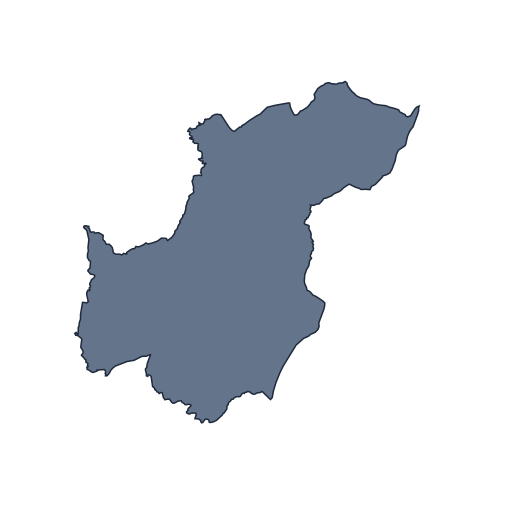 Villa De Leyva, Boyacá, Colombia, rotated 346°
{"feature_id": "7082276B92158404530910", "entity_name": "Villa De Leyva", "entity_type": "district", "adm_level": 2, "iso_a3": "COL", "parent_name": "Colombia", "parent_adm1": "Boyacá", "projection": "orthographic", "projection_center": [-73.539, 5.662], "detail": "fine", "context": "isolated", "style": "filled", "palette": "slate", "viewbox_px": 512, "rotation_deg": 346, "n_neighbors": 0, "source": "geoboundaries", "source_scale": "gbopen_adm2", "svg_char_len": 6081}
<svg xmlns="http://www.w3.org/2000/svg" viewBox="0 0 512 512"><g transform="rotate(346 256 256)"><path d="M450.6,150.0L448.1,150.4L446.2,151.4L439.8,157.4L436.9,157.6L436.1,157.2L435.2,156.3L434.9,154.9L430.3,150.9L429.8,148.7L426.1,146.3L421.2,143.7L418.4,141.6L411.4,139.0L407.3,136.9L405.8,135.6L403.4,132.2L402.0,131.0L395.4,127.6L392.1,124.7L390.1,121.1L389.0,120.2L388.8,118.9L388.1,118.0L386.7,114.6L386.0,111.7L386.2,110.5L384.9,108.3L383.9,108.3L382.3,109.0L378.5,108.3L375.5,108.7L370.4,106.8L369.0,105.6L367.8,105.3L364.8,105.4L363.4,106.4L360.3,106.9L356.5,108.4L351.5,113.3L351.6,116.3L350.2,118.8L347.0,119.9L345.0,121.8L341.9,124.0L336.1,126.0L334.2,126.1L330.5,128.9L327.4,128.7L326.2,124.9L325.3,119.9L325.7,115.8L324.4,115.3L310.8,114.4L302.8,114.4L294.3,119.4L291.2,120.0L282.5,122.9L277.2,125.2L273.8,126.1L273.2,127.2L271.2,127.0L265.0,129.9L262.8,127.9L261.2,125.0L256.1,110.3L254.6,110.0L252.8,109.0L250.0,108.8L247.2,109.5L245.8,110.7L243.6,111.7L242.2,111.3L240.8,111.7L240.3,111.0L239.7,111.0L239.3,111.2L239.0,112.4L236.4,115.1L234.8,114.7L232.9,112.8L232.6,114.5L233.3,115.5L230.5,115.6L228.7,117.7L225.7,117.4L224.3,117.9L223.7,116.4L222.8,115.9L220.7,117.5L220.0,118.6L221.7,119.3L221.7,120.4L220.8,122.0L221.8,123.7L222.7,124.3L222.7,125.5L222.2,125.9L220.7,125.3L220.1,125.5L220.0,126.0L222.2,127.5L222.8,127.3L223.4,127.8L223.3,128.8L222.4,129.9L223.8,131.9L226.2,132.4L227.2,133.5L226.1,135.4L226.4,136.6L225.7,137.0L225.3,139.0L225.8,139.8L228.2,141.5L228.6,143.9L227.5,146.6L227.8,148.0L224.1,147.9L223.7,148.3L225.6,150.5L227.5,151.0L227.2,152.1L226.3,152.7L226.4,153.3L227.8,153.9L229.6,153.7L229.8,154.2L228.0,155.4L227.3,156.8L225.2,157.4L223.7,158.7L223.1,160.8L222.4,161.5L222.9,162.9L222.7,164.4L221.4,164.5L220.5,163.8L217.8,163.6L216.6,163.1L214.6,163.5L213.7,166.1L212.1,167.8L212.1,174.5L211.3,176.0L211.1,178.9L209.8,179.9L206.1,181.2L205.2,181.9L205.2,183.9L202.2,187.0L201.7,188.4L200.1,190.7L199.3,193.3L196.8,197.8L194.8,198.7L194.3,200.5L190.4,203.8L190.3,204.4L190.7,205.3L190.4,205.6L188.1,207.4L186.0,210.7L183.4,212.1L182.7,214.2L179.1,217.4L174.0,219.6L173.7,219.3L173.4,217.6L172.3,216.8L168.5,215.8L164.0,217.7L158.4,218.3L154.2,218.2L152.3,216.7L149.8,217.8L145.2,218.7L143.9,218.6L141.7,217.7L139.9,219.5L138.0,219.1L135.0,219.8L132.1,221.0L131.3,221.4L130.9,222.8L128.3,221.5L126.0,222.5L124.4,221.3L120.2,220.2L118.5,218.5L118.6,213.2L117.8,211.1L116.3,209.0L113.6,208.5L112.8,205.1L111.6,203.4L111.8,201.3L112.7,199.5L112.6,198.8L109.1,195.4L106.7,194.9L105.4,195.0L104.6,193.5L101.2,192.7L100.9,188.6L100.1,187.4L100.9,186.8L97.7,185.3L96.4,185.4L96.0,185.8L95.8,186.8L97.8,189.8L98.0,191.0L97.8,199.7L95.0,207.2L94.5,210.7L93.0,213.3L92.1,216.6L92.9,219.9L94.0,221.0L94.0,221.7L92.0,227.4L89.4,229.2L89.3,229.9L91.0,233.5L94.2,235.0L94.7,235.7L94.6,236.6L93.6,237.9L90.8,239.1L88.0,242.6L87.7,244.2L88.3,245.0L87.9,245.8L86.4,246.7L86.6,249.0L85.9,249.3L85.3,248.5L84.7,248.5L82.9,250.6L82.4,253.4L82.2,258.7L82.5,259.5L80.6,260.5L76.5,259.0L71.6,270.2L70.4,274.8L68.5,277.8L67.3,281.1L66.2,282.5L64.6,288.7L64.0,288.6L63.0,286.6L61.4,287.3L61.9,289.3L63.9,290.1L66.5,293.6L66.8,294.7L64.0,301.8L64.0,302.8L65.1,305.8L65.0,307.7L64.7,308.3L63.0,309.6L62.6,310.3L64.2,312.8L65.0,314.8L65.8,315.6L65.3,317.9L66.9,319.6L66.0,321.7L66.5,322.7L64.9,323.0L64.8,325.3L66.0,326.0L68.4,328.8L69.8,329.6L74.3,329.1L74.5,328.9L74.4,328.2L76.4,328.8L77.7,328.6L79.1,329.2L81.1,329.3L81.9,330.5L82.2,332.2L81.2,333.5L81.6,334.8L80.9,335.8L81.5,336.1L82.3,335.8L82.7,336.1L83.7,335.4L85.5,334.1L87.1,332.1L89.4,330.4L92.7,328.8L105.3,327.2L112.6,327.7L120.8,325.8L125.5,326.7L128.4,326.1L129.7,326.3L124.6,333.8L123.0,337.6L121.4,338.9L121.1,340.6L121.2,343.2L120.7,345.8L121.9,346.6L122.5,345.3L123.4,345.5L124.2,346.0L125.1,347.5L124.1,357.7L125.5,359.3L125.5,361.2L126.6,362.2L127.0,363.8L128.3,364.7L128.7,366.0L130.6,365.5L131.9,365.9L131.9,370.9L132.9,373.5L134.8,373.4L137.4,374.0L138.8,377.6L139.6,378.6L141.3,379.0L145.1,378.0L148.4,378.3L148.9,380.3L150.1,381.1L151.3,383.1L152.1,383.5L154.4,383.4L156.6,384.5L156.8,385.0L156.2,386.0L153.7,387.3L152.7,388.4L152.5,389.6L150.9,390.4L150.7,391.0L151.2,392.0L152.5,393.0L153.9,393.2L155.2,392.8L159.5,393.8L159.6,395.4L157.4,399.1L160.8,400.2L162.4,402.0L162.5,404.0L163.0,404.8L164.0,404.7L166.7,402.4L168.0,402.1L170.1,403.1L170.5,404.1L170.4,406.1L171.3,406.5L174.0,406.7L178.0,405.9L185.0,402.0L185.8,400.8L187.1,400.6L190.6,397.5L191.7,394.4L193.0,393.6L193.3,392.6L194.3,391.4L195.9,390.7L197.7,389.2L199.2,389.4L200.6,388.3L202.4,387.9L203.9,387.8L205.3,388.5L206.8,388.4L209.2,386.2L210.7,386.0L211.4,386.5L212.3,385.7L213.9,385.9L214.9,385.4L217.2,386.4L217.6,387.4L219.9,389.5L222.2,389.7L223.6,389.1L227.0,389.5L229.2,388.9L235.3,398.8L237.5,397.3L240.3,391.1L244.9,383.4L251.0,375.0L256.1,369.0L273.4,352.1L282.1,347.5L287.6,346.5L290.2,345.2L294.9,344.4L298.3,342.3L300.1,339.8L300.8,336.0L308.7,324.5L310.6,320.9L311.4,318.1L310.0,315.9L304.4,309.7L301.9,307.8L299.7,303.6L297.2,301.4L297.3,298.6L296.6,294.8L296.8,291.9L299.2,284.9L299.8,284.6L301.6,281.6L304.8,278.4L307.1,273.2L307.9,272.9L309.4,271.5L308.6,269.6L309.0,268.2L310.3,267.2L310.8,265.4L312.9,264.2L313.7,262.3L313.5,260.4L314.5,258.7L313.7,256.3L313.8,256.0L314.8,256.0L315.2,255.6L313.7,251.8L314.8,247.9L314.7,245.7L313.9,242.5L314.8,239.7L313.8,238.6L311.1,236.9L310.8,235.6L311.7,234.5L312.2,233.0L313.8,232.7L314.5,231.2L315.8,231.4L316.5,230.2L318.2,228.7L318.7,227.2L320.0,226.6L320.1,225.6L319.4,224.2L321.1,221.5L321.6,220.4L321.3,219.9L324.6,220.9L327.2,220.3L330.0,220.7L333.8,218.3L335.6,216.6L337.8,216.8L343.7,215.9L346.9,214.4L352.4,213.6L355.1,212.5L357.3,211.1L363.3,208.9L364.6,209.3L365.5,210.3L369.7,213.7L372.2,215.1L374.1,216.9L378.2,217.7L382.6,219.2L384.9,216.4L389.1,215.4L397.3,210.3L398.7,208.9L402.7,208.7L406.0,207.7L408.7,205.0L414.1,197.2L416.5,191.9L418.7,189.1L420.0,187.7L427.2,185.1L428.0,184.4L431.9,176.6L434.5,173.1L437.0,170.6L439.6,168.7L446.8,158.1L448.8,154.7L449.7,151.4L450.6,150.0Z" fill="#64748b" stroke="#1e293b" stroke-width="1.5"/></g></svg>